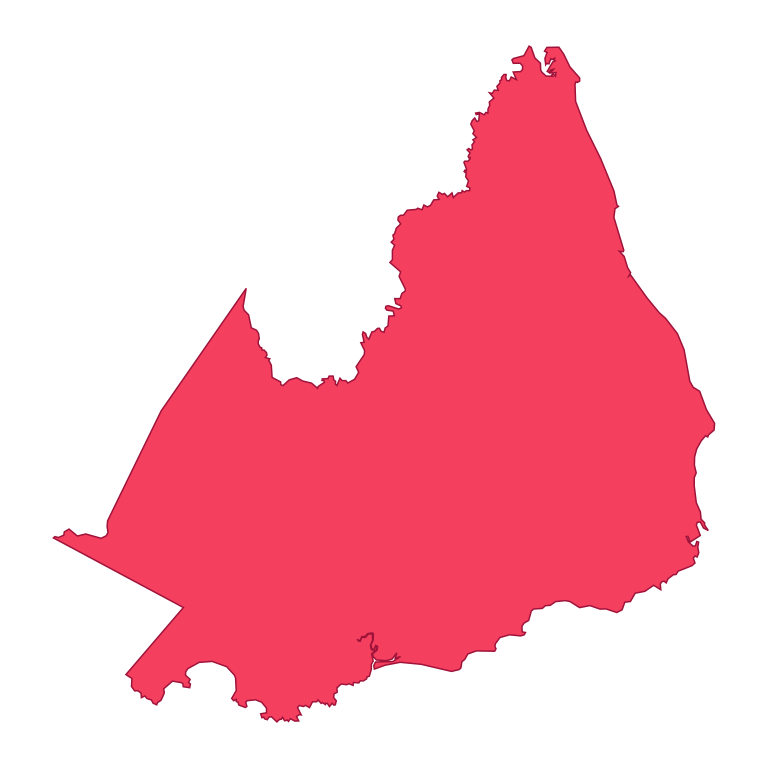 Pedasí, Los Santos, Panama (Natural Earth projection)
{"feature_id": "35544464B62202964850227", "entity_name": "Pedasí", "entity_type": "district", "adm_level": 2, "iso_a3": "PAN", "parent_name": "Panama", "parent_adm1": "Los Santos", "projection": "natural_earth1", "projection_center": [-80.113, 7.529], "detail": "fine", "context": "isolated", "style": "filled", "palette": "rose", "viewbox_px": 768, "rotation_deg": 0, "n_neighbors": 0, "source": "geoboundaries", "source_scale": "gbopen_adm2", "svg_char_len": 6060}
<svg xmlns="http://www.w3.org/2000/svg" viewBox="0 0 768 768"><path d="M280.6,381.9L272.1,377.4L271.3,365.2L268.8,360.3L269.8,358.8L265.4,357.6L267.0,355.2L266.5,352.6L264.1,350.1L262.0,350.0L261.7,347.8L260.2,347.4L258.3,344.0L258.2,341.0L259.3,338.9L258.5,333.4L256.5,330.2L251.3,327.8L248.6,314.9L244.1,310.2L243.1,306.5L246.2,288.4L161.1,411.0L107.6,520.8L107.1,526.5L108.0,532.3L106.4,535.7L101.1,538.3L85.7,534.0L77.4,536.0L69.0,529.1L64.3,531.9L63.8,535.2L58.4,537.5L54.9,536.6L53.4,537.9L183.4,607.5L125.9,674.6L131.9,678.5L131.5,686.5L134.7,690.9L137.7,690.7L141.0,693.0L141.4,697.6L144.8,696.0L147.1,698.6L151.4,700.0L153.1,703.2L156.7,704.8L157.6,702.5L160.9,700.4L162.9,696.3L164.3,692.8L163.7,688.8L172.5,681.1L181.6,682.7L183.0,684.0L183.2,686.7L189.7,687.7L190.4,684.0L188.6,682.5L190.1,679.4L185.5,675.2L185.7,671.8L187.9,668.6L199.1,662.4L212.1,661.4L226.7,666.7L234.5,675.2L235.6,678.1L236.2,690.6L231.7,698.4L233.6,700.7L236.3,699.4L236.3,701.6L238.0,702.2L238.8,705.0L245.4,707.5L246.9,706.4L245.7,702.2L247.1,700.7L255.5,699.8L261.5,702.1L266.5,708.1L266.5,712.8L260.7,713.8L261.9,717.7L263.7,717.2L264.6,718.8L267.3,719.7L268.8,717.2L271.4,716.7L276.9,721.9L279.7,719.3L281.4,719.3L282.5,717.3L284.6,720.8L287.3,720.1L288.5,721.4L290.3,718.7L294.9,721.1L298.7,720.9L296.5,716.5L299.4,714.6L301.2,714.9L297.5,707.6L299.3,705.5L303.3,706.5L305.6,705.4L309.5,707.6L312.5,701.8L316.7,701.8L318.0,700.0L321.2,703.4L322.5,702.7L325.5,704.6L326.0,703.2L327.4,703.5L329.5,706.6L332.1,703.3L333.8,705.1L335.3,704.8L336.3,700.8L333.7,697.6L334.0,693.9L337.2,692.3L336.9,687.9L341.2,684.0L346.8,684.7L348.9,683.7L353.1,685.4L353.5,682.5L358.8,682.9L360.2,680.8L363.4,680.9L366.7,678.8L367.0,676.8L369.3,676.3L371.3,669.4L371.4,664.3L373.2,661.1L371.6,653.9L376.5,649.6L377.1,647.0L376.0,646.1L373.8,650.1L372.0,650.0L371.0,648.6L370.4,645.3L372.6,640.1L372.4,633.9L368.1,634.2L365.5,637.4L361.8,637.4L360.2,641.4L358.7,641.1L357.0,639.4L360.2,640.7L361.7,636.6L365.0,636.4L367.7,633.6L372.6,632.9L373.4,634.0L373.2,640.0L371.0,644.8L371.7,648.8L374.1,649.3L375.7,645.4L377.6,646.4L377.1,650.1L372.4,654.0L373.3,656.8L376.4,660.0L386.1,660.7L392.2,659.0L396.8,652.8L395.2,658.3L400.6,656.5L392.9,661.5L375.5,662.0L373.8,665.6L374.3,669.1L385.1,665.2L400.2,662.3L421.2,664.3L451.5,671.4L459.1,669.6L460.9,667.9L461.9,661.7L464.8,659.4L467.8,654.0L476.4,650.9L494.7,651.2L496.0,648.8L494.9,646.3L495.4,643.7L500.0,637.5L509.6,634.8L520.6,635.9L524.2,634.8L525.5,632.5L522.2,631.9L521.9,626.5L523.8,623.3L528.7,620.4L531.3,611.0L533.7,609.0L542.3,608.4L545.4,605.7L550.3,605.3L555.6,601.6L565.1,600.6L569.9,601.5L579.6,607.6L589.9,605.6L600.1,609.1L605.9,608.9L616.8,612.5L622.1,609.8L624.8,602.2L630.4,601.5L635.2,593.2L644.9,591.3L653.6,585.3L660.8,589.7L660.3,584.2L661.4,582.1L663.9,581.1L666.2,582.9L668.0,578.8L673.4,574.7L676.0,574.5L678.1,571.2L691.9,565.7L695.0,563.0L693.3,558.2L694.9,556.0L697.1,557.0L698.8,552.8L697.8,547.4L698.6,542.1L696.8,541.5L695.4,545.9L693.0,546.1L688.5,542.0L686.2,536.5L688.0,536.4L690.1,542.1L700.3,535.5L696.4,525.2L697.1,522.5L700.3,521.9L703.5,528.0L708.3,530.5L704.6,525.1L704.6,522.8L701.1,519.2L700.4,512.0L696.3,502.7L694.2,485.7L694.3,477.6L696.2,472.9L694.4,465.2L694.6,457.0L696.7,448.9L701.4,440.6L705.6,435.7L707.7,437.0L708.7,434.7L714.1,430.0L714.6,423.4L706.4,409.6L699.7,391.3L693.2,387.3L689.8,381.3L684.1,349.8L677.4,333.6L665.6,318.4L659.2,312.7L646.8,297.6L630.6,275.0L628.8,276.2L630.6,272.7L627.6,267.6L624.2,256.5L619.3,251.2L623.1,251.7L623.8,250.3L613.9,217.4L615.0,208.7L618.5,206.4L616.9,205.0L614.0,191.1L600.7,158.7L586.7,130.4L575.6,101.4L575.0,84.3L576.0,81.8L577.4,82.4L579.7,81.1L579.6,77.9L569.9,66.9L563.8,54.3L558.9,47.2L546.9,47.4L544.5,51.2L547.1,52.5L544.9,58.5L545.7,64.7L546.4,63.6L549.0,63.8L550.8,58.7L552.0,59.6L555.3,57.7L553.6,59.7L555.2,60.9L552.8,61.9L547.2,71.4L549.0,72.4L551.0,69.9L553.6,69.2L550.3,73.0L556.0,72.6L555.4,76.2L553.4,73.9L551.5,75.1L552.5,76.3L546.0,76.0L541.9,72.2L540.7,70.1L540.4,63.2L534.9,58.0L531.2,47.4L529.1,46.1L523.9,55.7L513.4,58.5L511.9,59.9L513.3,63.3L520.2,63.2L522.6,66.0L522.5,69.5L520.6,71.6L513.2,72.0L516.4,79.6L511.2,77.0L509.5,80.7L506.8,80.6L505.7,77.2L506.2,74.6L504.1,74.4L501.5,77.4L501.5,79.8L499.9,80.6L500.1,82.8L496.9,86.4L498.2,90.4L494.3,90.1L492.4,93.4L489.5,92.8L493.9,98.1L489.3,102.0L489.7,105.4L488.0,109.1L487.9,113.1L485.9,112.4L484.2,114.8L479.5,112.4L475.6,113.1L476.2,114.6L479.4,113.9L478.7,120.8L476.7,121.4L474.7,118.0L472.2,120.6L470.8,124.2L474.3,130.9L472.9,133.7L476.5,137.5L472.9,139.8L474.5,141.8L472.0,144.8L472.4,149.1L471.0,150.0L468.8,148.5L467.1,149.8L470.0,152.9L468.2,156.4L468.7,157.8L470.2,157.6L470.1,158.9L467.8,161.3L464.9,161.1L463.9,162.3L466.5,169.1L466.2,171.1L465.0,170.1L464.1,171.5L466.2,173.3L465.7,176.8L468.5,180.9L466.7,186.4L469.8,187.9L469.6,190.7L466.5,190.6L464.4,192.0L462.2,190.6L461.5,192.8L458.2,192.9L453.3,197.5L452.0,192.9L447.7,196.8L444.4,193.4L442.7,194.4L438.9,192.3L437.2,196.0L439.1,199.4L433.7,199.9L430.5,205.4L427.3,206.9L423.9,205.0L422.0,209.8L417.8,208.2L416.2,209.4L407.2,210.2L403.5,215.2L400.5,215.3L398.3,217.0L397.9,220.0L400.7,223.9L396.3,228.2L394.5,233.9L392.9,235.1L393.9,239.2L391.2,242.2L394.6,245.3L392.4,250.2L392.4,259.7L389.9,262.5L400.6,271.8L399.1,276.5L405.4,289.2L405.1,291.2L401.9,293.4L400.1,298.6L394.7,298.6L395.9,303.6L400.9,305.9L401.4,307.9L398.7,309.0L388.3,305.7L385.9,306.3L385.4,308.2L386.8,310.1L393.2,311.1L394.3,315.8L388.8,316.1L388.0,326.0L385.2,328.0L384.0,332.3L381.0,331.2L379.5,328.3L377.5,328.4L374.4,331.4L371.9,331.9L368.8,339.2L366.9,337.4L365.6,333.5L363.1,331.9L362.4,334.3L364.1,342.3L360.8,342.7L364.6,350.6L364.3,354.5L356.1,366.7L358.7,372.3L354.6,379.3L347.8,383.0L345.8,380.6L342.1,380.6L340.0,378.2L336.9,385.5L335.4,384.1L335.6,381.3L333.8,380.0L333.1,376.1L329.1,376.1L328.0,378.6L322.2,378.9L322.0,380.4L324.0,380.8L324.4,382.3L318.2,386.4L317.6,388.3L311.5,383.1L302.7,381.0L296.7,377.7L289.2,379.9L283.1,385.5L280.9,384.8L280.6,381.9Z" fill="#f43f5e" stroke="#9f1239" stroke-width="1.5"/></svg>